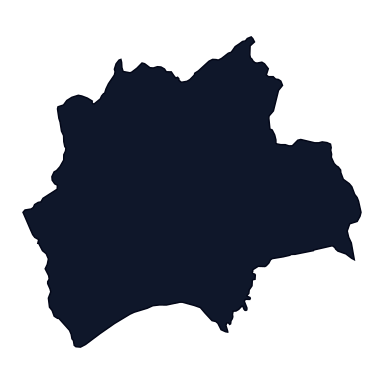 Kindia, Kindia, Guinea
{"feature_id": "49546643B82751767083924", "entity_name": "Kindia", "entity_type": "district", "adm_level": 2, "iso_a3": "GIN", "parent_name": "Guinea", "parent_adm1": "Kindia", "projection": "orthographic", "projection_center": [-12.699, 10.108], "detail": "fine", "context": "isolated", "style": "filled", "palette": "ink", "viewbox_px": 384, "rotation_deg": 0, "n_neighbors": 0, "source": "geoboundaries", "source_scale": "gbopen_adm2", "svg_char_len": 3316}
<svg xmlns="http://www.w3.org/2000/svg" viewBox="0 0 384 384"><path d="M74.2,345.3L75.9,346.7L80.5,347.1L85.5,344.5L99.6,333.9L114.5,323.5L129.9,314.2L134.2,312.2L147.3,308.2L152.8,305.7L159.7,304.9L166.4,305.0L179.8,302.2L182.4,302.2L194.1,305.4L200.4,307.6L204.9,312.9L212.0,320.6L215.8,321.5L217.9,323.3L221.1,329.7L225.5,331.7L227.7,332.1L227.7,331.5L227.6,331.1L227.0,329.0L225.9,325.5L226.5,323.6L227.2,322.9L228.3,322.7L229.7,324.4L230.6,323.8L231.0,320.8L232.3,318.7L232.8,316.8L232.5,314.3L233.1,311.2L236.0,311.0L238.7,309.4L240.9,307.1L242.0,306.0L242.7,306.1L244.1,309.4L245.0,310.3L246.0,310.4L246.8,309.9L246.9,308.7L246.9,307.9L244.3,301.3L245.0,299.8L245.8,299.3L249.8,299.4L250.3,298.5L250.0,297.5L247.1,296.2L247.0,295.4L248.8,293.4L249.2,289.9L252.0,285.8L252.3,280.3L253.2,279.6L255.0,279.3L255.3,275.0L254.7,274.1L253.4,273.8L252.6,273.2L252.2,272.4L252.8,271.1L252.7,269.8L258.2,266.3L264.9,266.5L266.2,265.8L268.8,263.1L270.5,259.8L272.2,258.6L283.2,256.8L284.9,256.4L289.7,255.3L291.3,254.4L295.0,254.3L313.5,250.6L314.0,249.9L320.6,248.4L331.5,245.9L332.7,245.9L334.9,247.6L335.6,249.0L337.9,251.1L345.9,253.9L351.8,258.4L353.0,259.0L354.3,259.7L351.3,242.9L348.7,237.4L347.2,231.0L349.7,223.8L357.2,221.4L360.0,216.3L361.0,212.3L358.5,201.1L357.1,197.5L354.7,194.4L351.8,186.7L349.3,183.7L343.3,179.3L340.8,172.6L340.6,170.0L338.3,167.0L336.3,165.8L334.1,163.5L331.3,157.3L331.6,154.2L330.7,150.1L331.2,147.7L330.5,144.1L328.8,143.4L327.0,142.6L322.2,141.9L318.8,142.8L314.7,142.8L300.8,139.5L297.8,140.2L292.3,145.8L289.0,145.9L285.3,144.7L280.9,144.7L276.8,143.9L275.9,143.2L275.9,139.9L274.7,135.0L272.2,130.0L269.9,129.0L268.8,118.0L269.1,115.9L273.4,110.9L278.5,90.4L282.5,85.4L281.3,82.3L280.8,81.1L278.4,79.5L275.6,79.1L273.2,76.7L268.5,76.7L266.3,75.0L268.3,68.7L264.5,63.8L261.9,62.2L257.0,63.1L255.0,62.7L253.0,61.0L252.0,59.2L250.4,57.7L249.8,54.9L250.1,45.9L254.5,41.9L253.4,39.8L252.8,38.6L251.2,36.9L247.3,38.5L245.4,40.9L242.5,41.5L239.7,43.6L235.2,46.6L231.3,52.2L228.3,53.2L221.5,58.5L218.3,60.1L216.2,59.6L212.6,59.4L211.2,60.1L209.0,61.2L198.4,70.9L194.8,73.2L194.3,75.1L189.9,79.6L187.0,81.3L181.4,82.3L179.0,80.4L178.8,78.7L177.6,77.3L175.7,78.0L173.7,75.5L171.3,71.9L166.3,71.8L164.5,69.0L161.0,67.0L157.4,66.7L153.3,68.0L149.9,67.7L146.9,65.4L144.6,63.7L142.0,63.0L136.9,68.2L131.8,72.1L130.1,72.8L123.1,71.5L121.9,67.5L121.6,62.3L120.9,59.4L119.0,60.1L116.1,63.8L114.4,69.2L115.1,71.8L114.4,75.0L108.5,83.7L106.0,88.9L104.6,93.4L103.6,93.6L101.6,96.0L100.3,98.9L94.2,103.9L92.9,103.8L91.9,102.1L92.3,101.1L87.4,98.1L81.8,96.0L78.3,95.3L71.9,97.3L66.8,100.5L63.5,105.0L58.0,106.8L57.5,108.9L58.9,118.4L60.1,122.1L61.5,131.1L63.6,135.6L63.8,141.7L64.8,146.5L65.9,148.1L65.5,151.1L63.8,154.7L63.7,160.1L59.9,166.8L56.5,170.6L54.1,171.9L51.9,176.7L52.2,180.2L54.7,183.8L57.4,185.2L57.2,189.2L43.0,198.3L40.9,201.9L38.2,202.4L34.6,204.6L33.4,207.4L31.2,209.0L25.0,210.0L23.0,212.3L26.3,219.9L29.6,227.6L32.7,234.6L34.8,237.4L38.7,239.6L37.8,243.3L38.7,243.4L42.5,250.7L46.2,253.7L48.4,258.9L47.3,264.4L45.2,268.8L48.7,275.7L49.2,279.1L47.7,281.7L47.7,283.6L50.0,288.8L50.8,291.8L48.4,298.1L49.5,307.2L52.1,310.4L54.2,316.2L57.5,318.3L58.9,318.4L69.5,330.3L71.2,334.3L72.0,338.8L73.4,340.5L74.2,345.2L74.2,345.3Z" fill="#0f172a" stroke="#020617" stroke-width="1.5"/></svg>